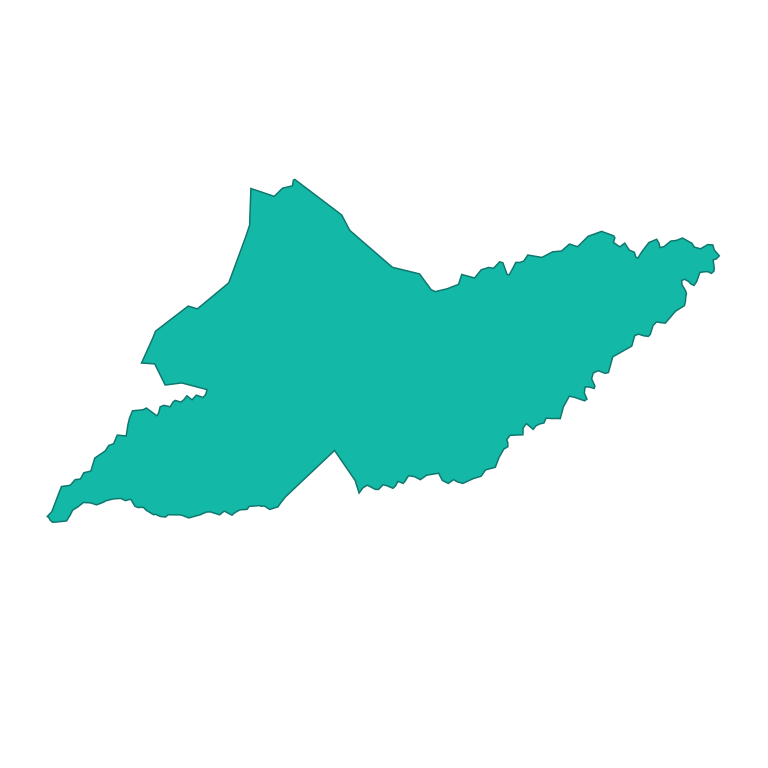 the district of Miguelete, Colonia, Uruguay, rotated 198°
{"feature_id": "84410073B28336448089611", "entity_name": "Miguelete", "entity_type": "district", "adm_level": 2, "iso_a3": "URY", "parent_name": "Uruguay", "parent_adm1": "Colonia", "projection": "robinson", "projection_center": [-57.58, -34.054], "detail": "fine", "context": "isolated", "style": "filled", "palette": "teal", "viewbox_px": 768, "rotation_deg": 198, "n_neighbors": 0, "source": "geoboundaries", "source_scale": "gbopen_adm2", "svg_char_len": 5859}
<svg xmlns="http://www.w3.org/2000/svg" viewBox="0 0 768 768"><g transform="rotate(198 384 384)"><path d="M205.7,405.4L206.3,417.9L204.0,429.7L198.1,430.2L188.0,430.0L186.3,432.4L190.7,437.3L191.8,443.4L187.4,444.6L182.7,444.7L182.8,447.2L188.1,453.1L188.4,459.0L184.5,462.8L176.8,462.5L174.1,464.3L174.8,480.6L160.1,496.6L160.5,507.6L157.2,510.1L152.0,510.1L147.4,510.9L146.1,513.4L146.2,522.8L143.9,527.3L140.8,527.7L135.3,528.8L129.3,543.2L122.5,551.4L122.8,555.6L123.7,559.2L124.3,563.5L126.4,566.3L131.2,570.4L132.9,574.5L130.5,576.5L126.0,575.6L123.1,574.0L119.6,573.5L118.3,578.0L118.0,587.7L114.3,589.6L110.8,590.9L106.7,590.4L105.1,593.4L105.6,595.9L107.3,599.6L109.3,603.7L106.5,605.8L104.7,609.5L107.6,611.3L111.2,613.4L114.3,617.9L119.2,616.6L124.7,610.4L131.1,610.1L134.7,613.0L145.2,615.1L150.3,610.9L155.5,608.5L160.1,601.2L163.7,599.0L165.7,602.6L169.4,605.9L175.8,600.4L179.6,589.6L181.5,582.3L183.5,582.3L186.6,586.7L192.2,587.2L198.6,592.4L202.1,587.3L209.5,589.5L209.6,594.4L211.3,595.9L224.2,596.4L235.4,587.7L242.3,574.4L250.9,574.4L256.3,565.3L264.4,561.9L272.9,553.2L287.1,551.1L289.0,544.2L292.3,541.6L296.3,540.3L297.0,535.2L298.6,526.5L300.8,526.3L308.4,536.0L311.7,536.0L315.6,527.9L320.4,527.2L326.8,522.7L330.6,512.8L343.9,512.2L343.9,501.8L353.5,494.0L363.8,487.7L368.2,488.2L384.2,499.7L412.1,497.6L464.0,519.5L476.5,531.7L532.1,551.0L533.2,549.8L532.3,544.2L541.1,538.8L546.4,528.5L571.0,528.8L560.9,493.5L561.0,481.2L562.9,432.3L584.7,397.8L594.3,397.6L617.6,363.7L618.1,356.1L621.1,329.0L608.3,332.3L591.8,315.4L576.7,322.5L550.6,324.0L550.3,318.9L551.9,315.3L559.0,315.4L561.7,309.6L567.8,311.9L569.5,307.2L571.6,304.0L577.5,303.9L579.0,301.9L580.3,296.3L586.7,295.7L589.8,293.2L589.4,286.2L590.3,283.6L602.6,287.7L605.3,285.0L614.9,280.8L615.5,273.3L615.0,266.4L613.1,254.9L621.9,253.0L622.7,243.7L626.8,240.4L628.5,234.1L636.2,224.2L635.9,210.6L642.1,206.8L643.4,199.8L648.2,197.6L651.1,190.7L659.1,186.8L660.5,159.9L663.3,154.0L662.9,153.8L661.9,153.4L661.5,153.3L661.2,153.1L660.8,152.7L660.2,152.0L659.8,151.6L659.6,151.5L659.5,151.4L658.7,151.1L657.8,150.6L656.5,150.1L656.4,150.1L656.2,150.1L655.9,150.2L655.6,150.4L655.1,150.7L654.4,151.0L653.4,151.2L652.9,151.5L652.1,151.9L651.0,152.4L647.9,153.7L646.4,154.4L643.8,155.6L643.7,155.7L643.5,155.8L643.5,156.2L643.4,156.5L643.0,158.1L642.6,159.8L642.4,160.5L642.2,161.1L642.2,161.3L642.2,161.5L642.0,162.0L641.7,164.3L641.4,165.7L641.2,167.5L641.1,167.8L641.0,168.0L640.8,168.2L636.9,172.8L636.7,173.2L633.8,177.6L633.6,178.0L633.4,178.3L633.2,178.4L633.0,178.5L627.2,180.0L626.7,180.2L626.2,180.2L625.8,180.3L621.2,180.2L620.4,180.2L620.2,180.2L620.0,180.3L618.2,181.7L617.5,182.3L616.5,183.0L615.1,184.2L614.1,185.0L613.8,185.3L612.6,186.8L612.5,187.0L612.3,187.1L611.7,187.5L610.7,188.0L608.5,189.5L606.3,190.8L605.8,191.1L604.9,191.5L601.4,192.9L601.1,193.0L600.7,193.1L599.6,193.6L599.3,193.7L599.1,193.7L598.7,193.7L598.2,193.8L597.6,193.7L594.6,193.3L594.0,193.2L593.8,193.2L593.6,193.3L593.4,193.4L590.7,195.4L590.4,195.5L590.2,195.7L589.9,195.8L589.7,195.8L589.1,195.7L588.6,195.6L588.3,195.4L588.1,195.3L587.4,194.6L587.2,194.2L586.9,194.1L586.5,193.8L585.9,193.2L585.0,192.5L584.4,191.9L583.9,191.4L583.6,191.1L583.4,190.9L583.1,190.8L582.3,190.7L582.1,190.7L581.9,190.7L581.6,190.7L580.6,190.5L580.2,190.5L579.9,190.6L579.4,190.6L578.9,190.9L578.6,190.9L577.8,191.3L575.1,192.2L574.9,192.3L574.7,192.3L574.5,192.2L574.2,192.1L573.4,191.6L572.5,191.2L571.8,190.7L571.4,190.5L571.2,190.4L570.8,190.3L570.1,190.2L569.3,190.0L566.9,189.5L565.6,189.1L565.4,189.0L564.7,189.1L564.5,188.9L564.3,188.9L564.1,188.8L563.8,188.8L563.2,188.6L562.9,188.6L562.7,188.5L562.3,188.7L561.5,189.2L561.1,189.4L560.9,189.5L560.7,189.5L559.5,189.3L556.9,189.0L556.0,188.9L555.8,188.9L553.3,189.4L551.8,189.7L551.0,189.8L550.8,189.9L550.4,190.3L550.2,190.8L549.9,191.3L549.4,192.2L549.1,192.7L549.0,192.8L548.9,192.9L548.7,193.0L548.4,193.1L544.5,194.3L543.4,194.6L542.3,195.0L538.2,196.3L537.6,196.5L537.4,196.5L536.1,196.6L535.7,196.7L535.2,196.7L533.0,196.6L532.4,196.5L531.2,196.5L529.1,196.4L528.5,196.3L528.3,196.3L528.1,196.4L526.4,197.5L523.9,199.2L523.0,199.8L522.3,200.3L520.6,201.4L518.0,203.1L517.7,203.3L517.5,203.5L517.4,203.8L517.2,203.9L517.0,204.1L516.8,204.3L516.4,204.7L515.9,205.1L513.1,207.4L512.9,207.5L509.7,208.7L509.4,208.7L508.7,208.8L507.0,208.7L503.2,208.8L501.8,208.7L500.3,208.8L500.1,208.8L499.9,208.8L499.7,209.0L499.4,209.5L498.1,211.6L497.8,212.0L497.6,212.3L497.2,213.1L497.0,213.3L496.8,213.5L496.7,213.6L496.3,213.7L492.3,213.0L488.2,212.3L487.9,212.4L487.8,212.5L487.7,212.7L487.6,213.1L487.0,214.1L486.7,214.7L486.4,215.1L485.9,215.6L484.3,217.5L483.6,218.2L482.5,219.5L482.0,219.8L481.6,220.0L480.9,220.3L479.1,221.0L478.1,221.4L477.3,221.7L475.7,222.4L475.4,222.6L475.2,223.4L474.6,225.3L474.5,225.6L474.4,225.8L474.2,226.0L473.4,226.4L471.4,227.2L468.9,228.2L468.3,228.4L466.0,229.4L464.5,230.0L464.1,230.0L463.9,230.0L463.7,230.0L463.4,229.8L463.2,229.8L463.0,229.7L462.8,229.8L460.7,230.8L460.3,230.9L460.2,230.9L459.7,230.9L454.4,229.5L454.2,229.4L453.8,229.5L453.6,229.6L447.3,234.1L446.9,234.4L446.8,234.5L446.7,234.7L446.7,235.2L446.6,235.6L446.3,236.5L445.8,238.1L445.2,239.8L444.7,241.1L444.2,242.6L442.9,246.1L410.5,305.5L381.6,283.3L374.0,272.6L371.9,278.8L368.6,282.6L359.7,281.1L356.6,282.0L353.8,287.8L350.3,288.2L343.2,287.6L341.5,290.8L340.7,295.7L335.1,295.4L334.0,297.8L332.3,304.4L326.0,305.3L319.9,304.2L315.2,310.5L304.5,316.0L298.7,310.3L292.1,309.3L288.3,314.5L283.9,313.6L278.3,313.8L269.8,321.7L263.1,326.3L260.9,333.7L252.4,339.2L251.9,349.5L250.0,359.0L246.8,362.7L248.2,366.6L250.1,368.9L248.2,374.2L236.2,378.6L238.1,385.2L236.3,390.3L233.3,389.1L228.1,386.9L226.5,391.3L223.6,394.1L219.8,396.4L219.3,401.7L213.7,403.0L207.2,405.2L205.7,405.4Z" fill="#14b8a6" stroke="#0f766e" stroke-width="1.5"/></g></svg>